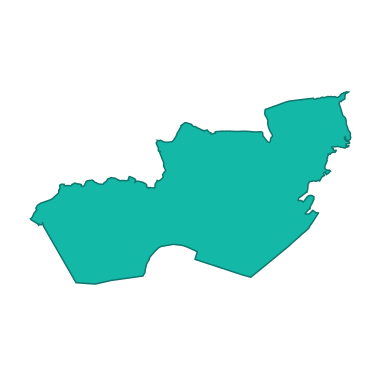 the district of Emiliano Zapata, Morelos, Mexico, rotated 86°
{"feature_id": "50627088B27811309734351", "entity_name": "Emiliano Zapata", "entity_type": "district", "adm_level": 2, "iso_a3": "MEX", "parent_name": "Mexico", "parent_adm1": "Morelos", "projection": "albers", "projection_center": [-99.198, 18.809], "detail": "fine", "context": "isolated", "style": "filled", "palette": "teal", "viewbox_px": 384, "rotation_deg": 86, "n_neighbors": 0, "source": "geoboundaries", "source_scale": "gbopen_adm2", "svg_char_len": 5861}
<svg xmlns="http://www.w3.org/2000/svg" viewBox="0 0 384 384"><g transform="rotate(86 192 192)"><path d="M106.9,64.5L107.4,75.1L108.1,88.5L108.6,91.3L114.8,113.2L117.9,113.9L120.2,113.8L122.0,112.9L123.5,112.1L125.5,111.5L126.3,111.4L129.3,111.7L133.6,111.0L136.6,109.9L140.2,108.1L141.4,107.8L142.1,107.9L143.3,109.3L143.7,109.6L144.6,109.9L146.7,110.4L147.9,111.1L147.5,112.8L141.2,117.2L137.6,117.5L136.7,118.7L136.6,123.4L136.4,125.7L135.4,132.1L135.0,135.7L134.8,141.6L134.4,146.6L133.9,149.9L133.4,159.1L133.5,161.0L133.4,162.8L133.6,164.6L134.3,164.6L134.9,164.7L135.0,166.1L135.6,168.0L135.6,168.5L135.2,169.4L134.2,169.1L134.0,169.9L133.9,170.2L133.2,171.0L132.8,171.5L131.4,172.3L131.2,172.5L131.4,173.1L131.3,173.7L131.5,174.2L131.5,174.6L132.0,175.6L132.0,175.9L131.3,176.5L131.2,177.4L130.9,177.5L130.7,177.8L130.6,178.6L130.1,179.0L128.8,181.2L128.6,182.0L128.1,182.4L127.6,183.2L126.9,184.5L126.7,186.0L125.7,187.2L125.3,187.5L124.7,187.5L124.3,188.2L123.7,189.7L122.4,193.4L122.5,194.5L122.7,195.0L123.6,195.9L124.7,197.8L125.0,197.9L125.0,198.3L125.4,198.2L126.1,198.5L127.5,199.4L129.9,200.9L132.4,202.7L135.4,204.1L137.0,205.1L137.7,205.9L138.0,205.9L138.9,206.7L140.2,208.0L140.4,208.8L140.7,211.1L140.6,212.1L140.6,214.2L140.2,216.0L139.9,216.9L138.1,219.9L138.5,221.4L138.2,222.6L138.1,223.0L138.8,222.6L140.2,224.1L140.6,224.3L142.0,223.9L145.4,222.6L146.1,222.5L148.2,222.7L148.9,222.4L149.1,221.2L150.0,220.3L149.1,221.4L149.0,221.9L158.4,219.0L159.3,218.6L161.1,218.2L162.7,218.2L162.6,218.3L164.5,218.4L167.6,217.2L169.0,216.9L169.6,217.2L170.1,218.2L170.6,218.6L171.9,219.4L172.5,220.1L175.2,219.8L177.0,221.5L178.5,223.9L178.5,224.5L178.3,224.9L178.1,226.0L178.6,226.2L178.9,226.4L179.2,226.5L179.5,226.5L180.9,227.9L181.7,228.2L184.1,228.6L185.1,228.7L185.2,228.9L185.2,231.9L184.5,233.3L184.6,233.7L185.4,235.0L184.9,235.4L184.4,235.4L184.2,236.7L183.3,237.1L182.0,236.7L180.9,237.4L180.1,238.3L179.9,239.2L179.2,239.6L178.1,242.6L177.5,245.1L177.3,246.8L177.9,247.3L178.3,248.1L175.6,247.5L174.3,249.0L172.3,253.0L172.3,253.5L174.7,254.7L175.9,254.3L176.2,257.0L175.8,259.5L175.6,261.0L175.9,262.9L175.7,263.0L175.7,263.3L175.4,263.7L175.2,263.8L175.0,264.2L174.9,264.6L174.9,265.1L174.4,265.3L174.1,266.0L172.8,267.7L172.9,268.3L172.0,271.5L173.1,275.0L174.4,275.9L175.8,277.4L176.5,278.8L178.1,280.2L177.7,283.5L177.2,285.3L176.3,286.4L175.6,287.9L174.9,288.9L173.7,289.7L173.3,290.4L173.2,291.0L173.4,292.4L173.3,293.6L173.6,295.8L174.1,296.9L175.7,297.6L176.7,298.3L177.5,298.5L178.3,299.2L178.7,300.6L178.6,301.9L177.0,301.9L176.6,302.6L176.0,304.4L176.2,305.0L174.9,308.3L175.9,310.3L176.1,311.2L176.7,311.6L177.3,312.5L176.8,316.7L177.0,317.4L176.9,318.4L176.5,319.1L175.5,318.9L175.1,321.0L175.2,321.9L175.5,322.7L176.1,323.6L177.7,323.4L178.7,323.5L180.7,324.2L180.8,324.8L182.4,324.9L183.2,325.1L184.0,325.5L184.5,326.1L187.2,329.6L188.2,330.7L189.2,332.3L189.8,333.5L192.7,343.9L193.8,345.9L194.4,346.8L195.2,347.6L196.2,348.3L197.3,348.9L199.1,348.1L199.6,348.9L201.0,349.7L201.3,350.6L201.7,350.8L206.0,353.1L206.9,354.1L207.5,355.1L208.7,354.2L212.8,348.3L212.9,347.8L213.7,347.8L214.5,347.2L213.7,346.4L214.2,345.1L214.1,343.1L211.5,343.4L216.4,342.2L274.4,314.0L277.1,294.9L274.6,278.9L272.4,246.9L269.3,244.7L264.6,243.6L260.2,242.1L256.2,239.3L254.8,239.1L252.4,237.0L248.8,233.4L245.4,229.3L244.2,226.9L242.9,214.2L243.9,209.1L244.0,207.8L244.4,205.9L246.1,201.6L248.0,197.9L251.3,192.0L252.0,190.9L259.4,193.7L278.1,147.8L281.1,139.4L272.7,127.3L252.4,98.8L249.8,95.7L243.8,87.8L241.9,85.5L239.3,81.8L236.2,78.0L233.0,76.0L232.9,75.8L229.3,72.9L221.8,67.4L221.6,67.4L221.3,69.7L218.7,72.8L222.0,76.5L222.0,78.0L222.2,79.4L221.5,80.6L220.4,79.7L217.6,76.8L217.3,76.3L217.1,75.5L217.0,75.4L216.2,75.3L215.6,75.4L215.2,75.3L211.5,72.9L208.0,71.0L207.7,70.9L206.1,71.0L205.8,70.9L205.5,70.6L204.1,72.3L203.8,73.0L203.6,74.6L203.9,76.0L204.4,76.8L205.5,77.9L209.9,81.8L208.5,83.0L208.2,83.5L208.0,84.1L208.1,85.0L207.9,86.5L205.6,86.1L204.9,85.3L204.6,84.5L203.9,83.3L200.8,78.8L200.5,78.3L200.2,77.3L198.6,76.9L197.0,76.3L192.5,75.7L190.0,74.1L189.8,73.6L189.7,71.6L189.2,69.5L189.6,69.0L189.9,68.0L190.0,67.4L189.4,65.6L189.1,65.1L189.9,63.9L186.4,61.6L186.1,61.2L185.3,59.9L184.8,58.7L182.6,59.5L181.8,58.7L181.3,57.4L181.9,57.6L182.2,57.6L184.0,56.8L182.9,54.7L181.4,53.1L181.0,52.4L179.8,53.3L179.8,55.1L179.1,56.5L178.3,57.6L177.5,57.7L175.5,57.7L172.3,56.0L171.8,55.9L170.3,55.0L168.1,55.1L167.4,54.4L166.5,54.4L165.5,54.0L164.9,53.5L163.7,53.6L164.0,51.4L163.2,51.0L162.5,49.9L162.3,49.3L162.2,48.9L162.4,47.5L162.3,46.7L162.1,46.2L160.9,45.3L160.3,45.5L160.6,46.3L160.6,46.7L160.3,47.7L159.8,48.0L158.7,48.1L158.2,49.2L156.9,49.2L156.8,43.3L158.8,36.1L158.1,35.7L158.0,34.3L157.7,33.6L157.7,32.6L156.8,32.4L156.7,35.1L154.8,34.7L154.6,31.7L154.4,31.5L154.0,31.4L153.5,31.4L152.6,32.1L152.0,34.2L151.2,35.2L150.3,35.8L148.6,36.2L147.6,35.1L149.2,35.2L149.9,35.0L150.5,34.6L151.1,33.9L151.3,33.5L151.4,32.3L151.3,31.7L150.9,31.0L150.4,30.4L149.1,29.9L148.4,29.9L147.9,30.0L147.2,30.4L145.5,29.9L144.3,30.0L143.6,30.2L142.8,30.6L142.4,30.9L141.6,31.8L139.7,32.0L135.3,33.3L133.7,33.4L132.1,33.2L130.5,33.4L129.2,33.8L128.5,34.2L127.6,34.8L126.3,36.3L125.8,36.3L120.9,37.4L114.1,39.1L113.2,38.9L112.6,38.5L112.0,38.0L112.2,37.3L112.2,37.0L111.9,36.6L111.5,36.5L110.6,34.5L109.7,33.1L109.1,32.8L107.9,33.0L107.4,33.0L105.2,32.1L104.1,31.2L103.7,29.6L103.2,28.9L102.9,30.7L103.0,31.6L103.6,33.1L103.6,33.8L103.9,33.9L103.9,34.3L104.3,34.8L104.3,35.2L104.5,35.8L105.0,36.2L105.0,36.6L105.3,36.8L105.4,37.1L106.2,37.5L106.8,38.2L107.4,39.3L107.8,39.7L107.7,41.2L106.8,42.7L106.9,44.6L106.6,46.2L106.4,46.6L106.6,47.7L106.2,49.9L106.8,52.1L107.0,53.8L106.5,55.3L106.8,56.6L107.5,57.8L107.3,60.8L107.7,61.3L108.0,62.5L107.9,63.8L107.5,64.2L106.9,64.5Z" fill="#14b8a6" stroke="#0f766e" stroke-width="1.5"/></g></svg>